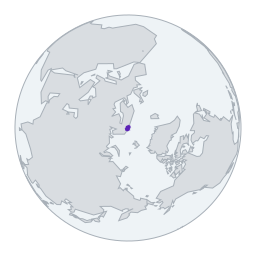 Troms on an orthographic globe, rotated 155°
{"feature_id": "NOR-900", "entity_name": "Troms", "entity_type": "County", "adm_level": 1, "iso_a3": "NOR", "parent_name": "Norway", "parent_adm1": "", "projection": "orthographic", "projection_center": [18.955, 69.32], "detail": "fine", "context": "on_globe", "style": "filled", "palette": "violet", "viewbox_px": 256, "rotation_deg": 155, "n_neighbors": 0, "source": "natural_earth", "source_scale": "10m", "svg_char_len": 13813}
<svg xmlns="http://www.w3.org/2000/svg" viewBox="0 0 256 256"><g transform="rotate(155 128 128)"><circle cx="128" cy="128" r="113" fill="#eef3f6" stroke="#a8b0b8"/><path d="M16.3,113.3L16.2,114.2L17.4,109.3L18.0,106.4L17.9,105.1L20.6,94.9L22.9,89.8L37.8,61.8L40.7,58.4L42.9,56.9L58.8,45.1L46.8,52.2L51.0,48.4L56.3,44.7L55.8,45.7L62.7,42.5L67.9,39.4L76.7,37.8L83.5,41.8L80.3,42.7L82.3,43.7L86.4,42.6L88.6,41.7L101.0,44.6L114.8,43.5L118.6,40.5L118.2,43.3L125.1,36.1L132.3,34.4L124.5,38.0L123.9,39.7L128.9,39.2L129.4,40.9L132.2,41.6L132.3,43.7L127.8,45.7L127.8,47.1L131.3,46.8L133.7,48.7L128.5,49.0L132.1,52.4L125.2,56.7L111.2,56.4L107.6,61.0L93.8,66.4L95.3,67.8L91.1,70.9L91.2,73.7L88.6,74.1L91.0,76.0L93.4,75.2L95.2,75.8L95.5,77.4L92.2,78.1L91.6,77.4L90.8,78.4L89.0,78.1L90.1,79.2L86.1,79.9L90.5,81.6L87.7,84.2L84.9,84.0L84.7,80.8L77.6,73.1L74.8,72.1L71.0,73.9L64.9,83.6L61.9,84.0L58.3,86.8L60.1,88.0L63.6,86.2L66.2,89.3L70.2,86.9L71.8,87.8L76.1,86.8L76.0,90.4L73.5,94.5L69.9,95.6L68.8,97.5L72.6,99.3L66.4,104.3L63.0,112.7L61.3,113.7L57.3,110.3L56.2,102.9L50.9,98.9L54.8,105.1L50.6,107.6L50.1,109.6L50.7,111.6L52.5,112.0L51.1,113.7L46.8,108.2L47.9,106.5L49.3,108.3L48.7,104.9L45.7,101.4L43.8,103.1L41.3,96.3L39.9,97.5L38.6,96.8L41.0,95.3L36.7,97.9L33.4,91.2L27.4,95.6L32.8,88.1L34.3,83.8L35.7,79.0L34.6,79.6L37.8,72.8L38.4,68.2L35.1,68.9L31.3,73.2L28.1,80.4L28.7,81.3L27.3,86.4L24.9,86.0L21.9,95.8L20.2,97.5L18.9,101.6L18.2,105.9L17.2,111.5L17.7,113.4L18.0,118.2L16.8,120.5L17.9,121.6L17.4,125.9L18.7,137.1L18.3,136.8L19.3,149.0L22.3,160.6L22.9,164.7L22.4,164.5L23.9,168.4L23.9,169.1L31.6,184.3L37.1,193.2L37.9,195.3L36.1,193.1L31.5,186.0L27.4,178.7L23.9,171.0L21.0,163.1L18.7,155.0L16.9,146.8L15.8,138.5L15.4,130.1L15.5,121.7L16.3,113.3ZM119.6,15.7L120.0,15.6L119.9,15.7L119.5,15.7L119.6,15.7ZM121.1,15.6L120.2,15.6L121.2,15.6L121.1,15.6ZM122.7,15.5L121.8,15.5L122.7,15.5ZM25.8,96.3L22.5,108.8L22.8,102.9L23.0,103.7L24.2,100.3L25.9,94.5L26.6,89.6L25.8,96.3ZM125.1,15.4L125.7,15.4L124.9,15.4L125.1,15.4ZM28.0,99.1L28.4,97.1L28.2,98.9L28.0,99.1ZM89.5,41.1L86.4,42.4L82.5,42.8L85.1,41.5L89.5,41.1ZM97.0,40.9L95.7,41.9L93.6,40.5L95.0,40.4L97.0,40.9ZM121.3,38.1L118.7,38.6L121.0,37.6L121.3,38.1ZM132.5,41.4L133.1,40.8L134.2,41.5L132.5,41.4ZM75.8,84.9L75.9,85.8L75.1,85.5L75.8,84.9ZM77.6,83.6L76.5,82.6L77.2,81.8L77.9,82.4L77.6,83.6ZM135.6,45.2L137.2,46.6L134.7,45.5L135.6,45.2ZM78.8,85.0L78.6,80.6L79.8,79.3L83.3,80.6L78.8,85.0ZM137.7,47.6L141.8,51.0L143.5,49.8L141.1,55.1L138.4,50.4L135.1,49.3L137.3,48.9L137.7,47.6ZM94.0,74.2L91.5,75.2L93.3,72.9L94.0,74.2ZM94.7,72.6L97.5,65.0L101.3,64.5L99.6,67.1L104.3,65.4L104.8,68.8L102.3,70.6L99.7,70.2L101.9,71.8L94.7,72.6ZM139.2,57.5L139.5,58.7L138.3,57.9L139.2,57.5ZM96.1,75.9L96.3,74.3L99.6,73.8L99.8,76.7L98.6,76.0L96.1,75.9ZM105.3,63.2L107.8,63.4L108.9,66.2L110.0,66.7L105.1,68.9L105.3,63.2ZM98.0,76.9L99.8,78.3L98.5,80.0L96.1,77.3L98.0,76.9ZM100.4,72.4L102.0,72.3L101.2,73.3L100.4,72.4ZM94.9,87.2L95.1,85.3L96.8,84.8L94.9,87.2ZM100.5,78.7L100.9,78.1L101.6,77.7L102.5,78.9L100.5,78.7ZM106.2,70.7L106.1,71.9L108.3,70.0L109.2,72.1L105.7,73.2L107.6,73.6L107.9,74.3L104.8,74.5L106.2,70.7ZM105.4,79.1L101.4,81.3L100.6,84.9L99.0,85.4L100.6,79.6L105.4,79.1ZM105.3,76.3L105.0,78.1L103.2,77.8L102.3,76.4L105.3,76.3ZM111.0,73.2L110.5,69.6L111.3,69.5L111.0,73.2ZM105.6,80.2L106.6,79.6L105.7,80.4L105.6,80.2ZM109.7,75.4L109.5,74.1L110.4,74.0L109.7,75.4ZM108.7,79.6L107.4,80.3L106.7,79.3L108.7,79.6ZM109.5,77.7L110.8,77.8L107.3,78.5L109.2,77.1L109.5,77.7ZM110.6,75.5L111.0,75.0L110.6,76.0L110.6,75.5ZM112.1,82.8L107.8,83.9L106.3,81.8L110.6,81.0L112.1,82.8ZM116.9,240.1L114.3,239.5L117.8,238.9L116.9,237.6L108.1,232.5L110.1,229.8L107.6,228.0L102.6,227.4L99.7,225.0L96.6,224.2L77.1,218.7L71.0,213.2L63.1,199.7L66.4,197.6L66.7,192.4L89.5,182.3L94.8,185.4L113.3,186.5L115.7,187.6L114.0,192.5L128.2,199.0L132.3,194.9L144.7,196.7L152.7,194.9L154.7,185.0L141.6,187.8L138.9,183.4L149.0,177.2L160.4,174.5L159.7,172.7L152.1,170.4L154.4,165.9L149.5,169.3L151.7,170.8L148.7,173.0L146.5,171.8L147.4,170.2L143.8,170.0L140.6,177.8L142.5,180.2L133.5,182.6L135.9,186.8L133.6,189.0L128.7,182.7L128.9,180.2L120.0,172.7L119.0,175.5L127.3,182.9L124.9,182.3L123.6,186.5L122.7,182.9L113.9,174.4L105.5,174.9L95.5,183.1L90.4,182.4L85.9,178.7L88.9,168.7L99.8,171.4L101.1,168.1L98.3,161.9L101.8,163.3L102.1,161.2L106.1,161.9L111.4,157.5L115.4,157.5L116.9,150.9L119.2,150.0L117.7,154.2L118.8,157.1L128.8,156.9L130.6,155.4L130.8,151.2L133.5,151.8L132.4,147.7L137.9,145.4L130.3,144.8L130.3,140.0L133.3,136.0L132.0,134.4L127.0,140.9L126.3,143.6L127.8,146.1L124.6,153.7L121.3,154.8L119.4,146.7L114.5,147.5L115.2,140.9L128.2,127.0L133.8,123.9L144.2,128.7L143.2,132.1L139.0,132.0L143.4,136.5L142.8,134.0L145.1,134.5L145.7,130.2L147.3,130.4L145.1,126.0L147.1,125.8L148.5,128.5L151.2,122.1L155.3,120.5L155.1,119.0L153.8,117.8L160.0,116.6L159.6,115.5L157.4,115.5L155.1,113.4L153.5,109.3L155.8,109.1L156.6,110.6L161.8,113.4L163.8,117.4L164.6,117.0L163.4,113.4L157.0,109.9L155.5,107.5L158.7,108.7L157.4,108.1L157.3,106.8L159.3,105.4L155.9,104.0L151.9,90.9L155.4,87.1L158.7,89.5L158.3,80.6L162.3,77.3L160.3,77.2L158.7,73.1L157.4,74.1L156.3,73.7L151.7,63.9L152.4,61.6L148.1,57.6L147.0,57.6L146.3,59.1L141.1,55.1L143.5,49.8L145.7,50.0L145.7,46.7L150.8,47.7L155.1,47.2L160.8,50.5L163.6,49.8L163.3,48.6L166.9,46.9L175.6,47.9L170.1,52.5L157.4,52.7L162.7,53.0L162.0,54.6L164.2,55.8L167.9,55.9L168.1,54.9L176.5,64.2L186.4,68.7L184.5,64.0L186.2,62.0L195.9,63.7L210.1,76.7L212.5,74.6L214.5,75.4L216.6,79.3L213.7,78.2L213.3,80.9L211.3,79.8L213.7,85.8L211.0,84.5L214.2,90.0L216.1,89.3L215.0,84.4L218.9,89.9L221.4,87.0L224.8,88.7L231.1,100.9L232.8,110.4L233.6,111.6L232.6,114.0L233.9,119.9L237.6,118.1L238.3,119.5L239.1,129.0L238.7,128.2L236.3,134.6L237.6,139.2L239.5,135.1L240.2,135.8L239.5,139.9L238.6,139.7L237.7,141.8L236.7,138.4L233.5,137.0L232.7,142.8L231.5,140.9L227.0,141.9L225.2,150.1L223.1,165.7L224.8,171.3L223.2,176.9L216.2,175.8L212.5,171.7L210.4,175.1L202.9,175.3L191.1,185.1L189.1,184.2L186.9,186.8L181.6,187.9L178.4,186.0L175.3,188.0L183.8,192.7L187.0,190.5L189.3,185.3L191.1,187.5L196.2,186.6L191.7,197.3L173.6,212.8L171.3,208.9L154.9,198.8L155.1,196.8L155.0,196.6L154.7,196.3L153.8,199.7L150.8,197.1L160.1,206.1L161.9,210.0L173.4,213.2L172.4,214.3L176.0,214.2L186.6,207.0L186.8,208.4L182.1,217.2L166.9,229.8L168.6,231.7L167.0,233.5L156.9,236.9L149.1,238.7L141.1,239.9L133.0,240.5L125.0,240.6L116.9,240.1ZM82.2,190.6L81.7,192.2L82.2,190.6ZM173.0,175.9L179.4,172.7L175.6,168.1L177.7,166.5L175.6,165.5L175.3,167.7L170.0,164.6L172.4,161.2L171.2,158.7L168.9,159.6L165.3,166.5L172.8,170.9L171.8,174.2L173.0,175.9ZM18.8,137.4L18.8,139.2L18.5,137.4L18.8,137.4ZM22.0,102.9L21.7,105.2L21.2,106.8L21.3,105.1L22.0,102.9ZM21.4,122.2L21.5,125.1L21.1,122.5L21.4,122.2ZM22.2,110.7L21.4,120.1L20.6,115.4L21.3,109.5L21.3,113.0L22.2,110.7ZM26.4,99.2L26.0,100.7L25.6,100.7L26.4,99.2ZM27.8,100.4L27.8,99.9L28.4,98.9L27.8,100.4ZM50.9,107.9L51.2,108.4L51.3,110.6L50.5,109.8L50.9,107.9ZM56.7,118.9L54.5,121.4L55.5,119.0L53.9,118.4L54.0,112.7L60.5,113.9L57.6,114.4L56.7,118.9ZM56.1,105.7L55.2,109.0L55.9,105.3L56.1,105.7ZM99.2,149.3L100.8,151.2L99.5,153.4L94.3,153.7L96.2,150.4L99.2,149.3ZM103.3,153.3L102.9,145.3L106.1,144.9L104.4,146.5L106.5,147.0L104.3,149.7L107.7,157.3L106.8,159.8L97.8,158.8L101.3,157.7L99.5,155.8L103.3,153.3ZM96.2,126.6L96.1,123.5L103.2,126.7L102.5,129.3L97.3,129.7L95.1,126.8L96.2,126.6ZM84.9,88.3L84.4,87.1L85.3,86.9L86.5,87.7L84.9,88.3ZM94.8,86.3L88.1,93.5L87.2,92.4L84.3,98.0L80.8,97.5L82.7,93.8L77.9,97.7L78.2,94.2L75.2,97.1L79.9,89.1L80.1,86.2L81.3,89.6L84.5,90.2L86.0,89.5L90.1,85.7L92.0,79.8L95.5,79.6L97.5,80.9L97.6,82.3L95.3,82.0L97.1,84.0L93.8,84.7L94.8,86.3ZM118.9,98.8L116.1,97.6L119.2,102.3L115.9,102.8L116.5,103.3L114.3,105.0L112.6,108.1L111.0,107.8L111.0,109.1L109.6,110.3L109.1,112.1L106.1,112.2L105.3,114.4L104.4,113.2L103.7,116.9L102.9,114.2L100.9,115.6L102.7,117.5L88.0,114.5L82.5,115.5L78.3,117.9L77.4,113.1L80.8,107.9L86.3,103.3L91.7,103.1L90.3,101.1L92.6,100.4L92.7,102.3L93.8,98.9L95.6,98.9L100.5,95.2L100.9,90.5L102.7,89.1L103.5,90.9L104.7,88.2L107.4,90.7L108.7,89.8L112.7,91.3L113.4,95.5L114.8,94.1L117.9,95.3L118.9,98.8ZM113.1,83.4L114.7,88.1L113.7,90.7L107.2,86.9L105.7,87.4L101.5,85.2L103.0,81.5L104.1,82.5L105.4,82.6L104.4,83.7L106.3,82.9L107.8,84.2L109.7,83.9L109.7,85.5L113.1,83.4ZM118.1,185.8L119.9,186.2L122.7,186.0L121.9,188.7L118.1,185.8ZM112.1,180.1L113.7,179.9L113.9,183.5L112.0,183.2L112.1,180.1ZM114.3,176.9L113.7,179.6L112.9,178.0L114.3,176.9ZM119.1,153.8L120.8,153.4L121.1,154.3L120.2,155.8L119.1,153.8ZM127.2,113.3L125.8,112.1L126.2,111.5L125.0,107.6L127.3,107.0L129.0,109.1L127.2,113.3ZM152.6,187.3L150.5,189.6L149.2,189.0L150.2,188.3L152.6,187.3ZM135.6,190.1L139.6,190.8L135.3,190.8L135.6,190.1ZM129.5,112.0L128.7,110.5L130.4,111.2L129.5,112.0ZM129.0,106.4L130.9,106.8L127.5,106.5L129.0,106.4ZM173.0,231.3L174.5,230.4L180.4,227.4L183.5,225.3L184.8,225.1L182.5,226.6L173.0,231.3ZM239.5,143.7L239.5,143.8L237.0,149.0L237.9,145.2L240.2,137.3L240.1,138.6L240.3,137.3L239.5,143.7ZM240.6,127.7L240.6,125.3L240.5,122.6L238.7,108.3L238.4,105.6L239.3,110.5L239.3,110.4L240.3,119.0L240.6,127.7ZM225.3,171.2L227.4,171.6L226.4,174.0L225.3,171.2ZM236.8,101.4L238.3,107.3L236.6,101.2L236.8,101.4ZM235.1,97.1L235.6,97.6L235.4,98.5L235.1,97.1ZM234.7,112.8L234.8,115.9L234.3,115.4L233.7,111.2L234.7,112.8ZM227.4,90.3L229.5,92.0L230.3,93.1L229.3,93.4L227.4,90.3ZM148.3,105.7L147.4,111.7L148.3,115.8L151.2,117.7L146.7,117.6L145.3,111.3L148.3,105.7ZM151.2,92.7L148.7,91.2L150.0,90.3L150.8,90.5L151.2,92.7ZM149.5,93.0L146.0,94.2L144.7,92.3L147.8,91.7L149.5,93.0ZM137.8,103.1L137.4,104.9L136.0,104.3L137.8,103.1ZM235.6,94.7L236.0,96.2L236.9,99.6L234.5,91.8L234.5,91.4L235.1,93.1L235.6,94.7ZM235.0,94.0L236.0,97.2L234.7,93.3L235.0,94.0ZM235.9,97.4L235.4,96.7L235.0,94.7L235.9,97.4ZM234.7,92.7L233.6,90.5L233.8,90.4L234.7,92.7ZM234.1,95.5L234.1,92.5L235.1,97.8L232.6,95.0L232.0,92.4L234.1,95.5ZM214.5,70.4L213.3,70.3L212.0,67.9L213.2,68.6L214.5,70.4ZM206.7,60.3L211.2,67.2L214.7,73.0L214.8,71.7L217.7,74.1L216.2,75.4L212.1,70.5L209.9,66.3L207.3,64.8L204.3,61.4L201.4,61.0L199.4,59.3L201.3,58.5L206.7,60.3ZM200.2,61.0L194.1,59.4L192.8,55.5L193.9,55.0L197.2,57.3L197.7,59.2L200.2,61.0ZM192.3,57.9L192.7,59.8L184.6,62.1L182.6,61.6L188.0,57.6L188.7,59.2L190.9,59.4L192.3,57.9ZM140.6,58.3L139.6,58.7L140.0,57.7L140.6,58.3ZM155.7,74.4L154.2,73.8L154.8,72.6L155.7,74.4ZM150.6,71.5L151.0,73.3L149.6,71.5L150.6,71.5ZM152.0,77.2L150.7,74.0L153.3,76.9L152.0,77.2Z" fill="#d9dde1" stroke="#a8b0b8" stroke-width="1"/><path d="M129.2,128.5L128.8,128.6L129.0,128.8L129.0,129.0L128.9,129.3L128.7,129.5L128.9,129.6L128.7,129.9L128.1,129.6L127.8,129.6L127.6,129.5L127.4,129.5L127.3,129.4L126.5,129.5L126.4,129.6L126.3,129.4L126.6,129.2L126.7,129.3L126.7,129.2L126.8,129.2L126.9,129.3L127.1,129.3L127.0,129.2L126.9,129.1L127.2,129.1L126.9,128.9L127.1,128.8L126.9,128.8L127.0,128.7L127.1,128.4L127.4,128.3L127.4,128.2L127.4,127.9L127.5,127.8L127.4,127.7L127.5,127.7L127.6,127.8L127.7,128.2L127.7,127.9L127.8,128.0L128.0,128.1L127.8,127.9L127.7,127.8L127.7,127.7L127.9,127.5L128.0,127.8L128.3,128.0L128.2,128.1L128.4,128.2L128.3,127.9L128.1,127.9L128.0,127.7L128.0,127.4L128.1,127.2L128.6,127.0L128.5,127.3L128.5,127.6L128.4,127.8L128.5,127.8L128.5,127.4L128.8,127.5L128.6,127.4L128.6,127.2L128.8,126.8L128.9,126.7L129.0,126.9L128.9,127.3L129.0,127.4L129.0,127.5L128.9,127.5L128.8,127.8L128.7,128.0L128.8,128.0L128.9,127.8L129.0,127.5L129.3,127.6L129.1,127.4L129.1,127.2L129.3,127.0L129.2,126.9L129.4,126.7L129.3,126.9L129.3,127.0L129.5,126.9L129.5,127.0L129.5,126.9L129.6,126.6L129.8,126.6L129.8,126.8L130.1,127.1L130.0,126.9L130.0,126.7L129.9,126.5L130.0,126.5L130.1,126.4L129.9,126.5L129.8,126.4L129.7,126.4L129.5,126.2L129.8,126.3L130.0,126.4L130.3,126.7L130.4,126.8L130.5,126.9L130.4,127.0L130.5,127.2L130.7,127.3L130.6,127.5L130.3,127.6L130.4,127.8L130.5,128.1L130.5,128.3L130.1,128.4L129.9,128.1L129.6,128.0L129.5,128.4L129.5,128.5L129.3,128.4L129.2,128.5ZM127.4,127.8L127.3,128.0L127.3,128.3L127.0,128.3L127.0,128.2L126.8,128.4L126.7,128.5L126.8,128.5L126.7,128.6L126.7,128.4L126.5,128.5L126.5,128.4L126.8,128.2L126.6,128.2L126.7,127.9L126.8,127.8L127.0,127.8L126.8,127.7L127.1,127.7L127.0,127.4L127.1,127.6L127.1,127.4L127.2,127.6L127.3,127.6L127.2,127.6L127.3,127.6L127.3,127.8L127.4,127.8ZM125.8,128.7L125.9,128.8L125.8,129.0L125.7,129.1L125.9,129.0L125.7,129.3L125.7,129.5L125.8,129.3L125.9,129.2L125.9,129.3L125.9,129.1L126.0,129.1L126.0,128.9L126.2,129.0L126.3,128.9L126.3,129.0L126.3,129.3L126.2,129.4L125.8,129.4L125.6,129.6L125.7,129.3L125.7,129.2L125.8,128.9L125.8,128.7L125.8,128.7ZM128.0,127.0L127.9,127.3L127.9,127.5L127.5,127.6L127.3,127.5L127.4,127.4L127.5,127.4L127.5,127.5L127.6,127.4L127.5,127.2L127.8,127.2L127.6,127.2L127.8,127.0L127.9,127.3L127.9,127.2L127.8,126.9L127.9,127.0L128.0,127.0ZM128.4,126.7L128.5,126.6L128.4,126.8L128.3,127.0L128.1,127.1L127.8,126.8L128.0,126.8L128.0,126.7L127.9,126.7L128.1,126.6L128.3,126.7L128.4,126.7ZM129.2,126.5L129.1,126.4L129.0,126.5L129.0,126.3L129.1,126.2L129.2,126.4L129.2,126.5ZM128.7,126.4L128.8,126.4L128.7,126.5L128.5,126.3L128.4,126.2L128.5,126.1L128.6,126.3L128.6,126.2L128.7,126.4ZM128.6,126.7L128.5,126.9L128.3,127.0L128.4,126.8L128.6,126.7ZM126.8,128.8L126.8,129.0L126.7,128.8L126.8,128.9L126.8,128.8ZM126.1,128.6L126.3,128.7L126.3,128.8L126.2,128.8L126.1,128.7L126.1,128.6ZM126.6,128.9L126.7,129.1L126.6,128.9ZM128.2,126.3L128.1,126.2L128.2,126.3ZM127.8,126.6L127.8,126.4L127.9,126.5L128.0,126.5L127.8,126.7L127.8,126.6ZM129.3,126.6L129.3,126.8L129.2,126.7L129.3,126.6L129.3,126.6ZM129.2,126.8L129.2,127.0L129.1,126.9L129.2,126.8ZM126.9,128.5L127.0,128.4L126.9,128.6L126.9,128.5ZM129.3,126.4L129.3,126.5L129.2,126.4L129.3,126.4L129.3,126.4ZM129.8,126.7L129.8,126.8L129.8,126.7Z" fill="#8b5cf6" stroke="#5b21b6" stroke-width="1.5"/></g></svg>